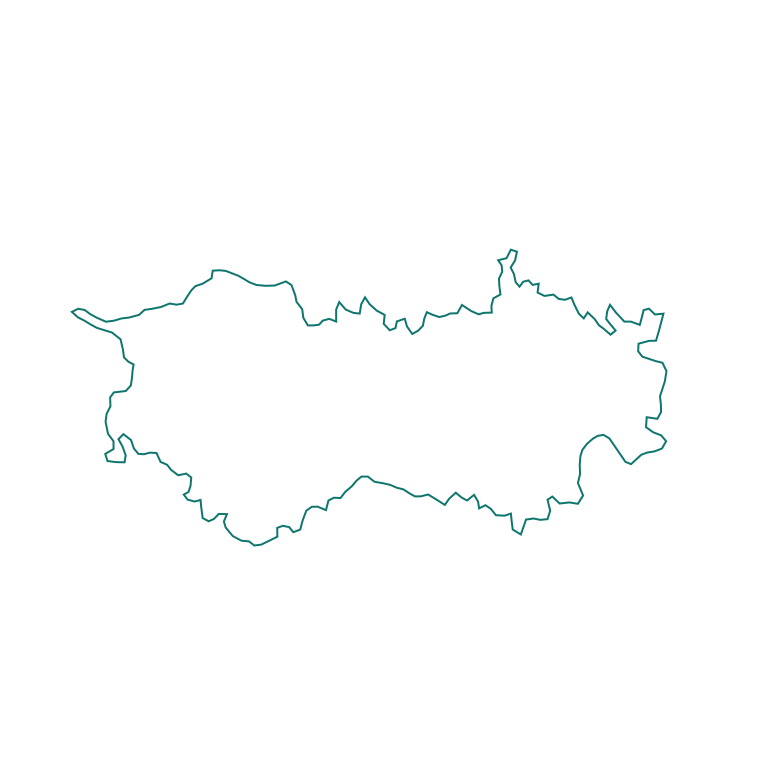 Douradoquara, Minas Gerais, Brazil (Natural Earth projection), rotated 156°
{"feature_id": "56859067B52593850963568", "entity_name": "Douradoquara", "entity_type": "district", "adm_level": 2, "iso_a3": "BRA", "parent_name": "Brazil", "parent_adm1": "Minas Gerais", "projection": "natural_earth1", "projection_center": [-47.608, -18.443], "detail": "fine", "context": "isolated", "style": "outline", "palette": "teal", "viewbox_px": 768, "rotation_deg": 156, "n_neighbors": 0, "source": "geoboundaries", "source_scale": "gbopen_adm2", "svg_char_len": 3526}
<svg xmlns="http://www.w3.org/2000/svg" viewBox="0 0 768 768"><g transform="rotate(156 384 384)"><path d="M272.2,203.4L262.8,200.4L255.6,195.7L247.5,201.1L247.1,214.7L241.5,222.0L238.1,230.5L233.9,238.2L229.6,243.1L222.9,246.8L215.3,249.1L209.7,249.7L204.1,248.2L200.2,242.5L195.1,214.7L190.9,210.3L177.8,214.7L171.4,214.3L164.2,212.4L156.3,212.0L149.5,217.0L151.7,224.4L157.8,230.5L162.2,238.0L157.5,246.8L148.4,241.0L142.2,245.8L139.4,252.7L136.8,260.6L126.4,272.1L120.7,280.9L121.0,290.2L126.6,294.5L136.9,303.9L138.5,310.5L135.1,317.3L124.3,315.6L117.9,312.9L111.1,320.9L100.1,334.6L108.2,337.3L111.3,345.0L116.8,345.9L121.9,339.3L126.3,334.0L133.1,340.6L139.1,343.3L141.1,349.3L143.1,355.0L145.3,364.4L150.5,359.7L154.6,353.0L153.0,346.7L150.7,338.6L157.0,336.9L160.8,345.0L163.8,350.4L165.1,357.6L168.8,366.6L174.8,362.7L177.4,369.0L177.8,379.1L177.6,386.8L184.4,387.3L189.8,390.7L192.8,396.7L201.6,399.2L206.5,405.1L201.9,412.7L207.9,414.1L209.9,419.9L215.3,420.8L220.6,417.8L222.3,423.5L220.6,431.6L220.9,438.9L214.1,443.5L208.7,450.8L213.5,455.1L220.9,449.1L229.4,450.6L228.3,444.5L230.3,438.5L236.1,433.5L238.8,426.5L241.2,418.4L249.2,417.8L254.2,411.5L256.5,405.4L263.9,408.4L269.2,409.2L274.7,415.2L280.6,424.5L288.2,418.8L294.8,421.5L300.4,421.5L306.3,422.7L311.4,427.4L315.7,432.2L320.8,427.1L324.8,421.4L331.2,418.8L337.8,418.2L339.6,427.1L338.5,435.2L346.8,435.9L350.8,430.4L356.9,430.8L359.8,439.1L355.3,446.8L360.9,454.2L364.7,462.8L366.1,470.9L372.3,466.2L377.6,458.2L383.1,461.5L388.7,467.6L391.6,477.0L397.4,471.5L402.3,460.5L407.5,465.8L414.2,466.8L419.2,464.6L424.6,466.2L429.7,468.5L430.8,477.3L428.3,485.6L430.5,494.7L429.0,501.2L428.3,512.0L431.9,517.6L443.8,518.4L452.5,522.0L460.2,526.3L465.6,531.7L469.3,537.0L473.0,542.1L478.0,547.1L482.6,551.7L488.0,554.8L494.4,557.2L498.5,550.7L509.0,549.4L516.5,550.1L521.6,548.1L528.4,543.8L535.0,539.3L541.1,540.8L547.1,544.7L556.7,545.1L565.5,547.1L572.6,549.1L579.6,546.8L589.5,548.3L597.4,550.7L605.1,551.7L612.7,554.0L619.5,561.5L623.8,567.1L627.4,573.4L632.7,577.1L639.8,576.8L636.5,569.4L632.0,563.8L628.2,558.3L623.5,552.1L617.5,546.8L611.6,541.7L606.5,532.0L608.5,521.6L610.7,514.0L608.5,508.4L604.8,503.7L608.2,498.6L611.6,492.3L615.9,485.6L622.8,482.6L628.8,484.5L634.2,486.2L639.6,483.2L643.0,474.9L649.5,469.6L653.7,462.8L656.4,450.8L654.4,441.8L657.5,434.6L667.1,433.5L667.9,426.1L660.9,421.8L652.9,418.0L649.0,423.9L648.3,433.1L649.0,441.6L642.5,444.2L637.9,435.7L638.7,426.8L636.8,420.1L632.0,417.5L625.8,416.5L619.9,413.5L619.8,403.7L615.0,398.4L613.4,392.0L609.1,384.3L601.1,382.6L598.1,377.0L602.2,369.6L606.5,364.9L611.9,364.4L610.5,358.3L604.9,353.7L598.8,352.7L601.1,345.7L604.2,335.3L600.0,329.9L594.3,329.9L587.8,332.5L580.4,329.0L586.2,323.5L587.0,317.3L584.0,306.6L577.9,298.8L571.4,295.2L568.1,289.2L561.6,287.2L553.1,287.5L543.5,287.9L540.1,296.0L534.1,295.6L528.9,291.9L527.1,285.5L519.7,285.1L513.7,292.6L506.4,299.9L499.8,301.2L494.5,298.9L488.3,292.4L482.1,300.2L476.0,300.5L470.2,297.5L463.3,301.2L455.2,303.6L448.3,306.9L442.4,308.6L436.4,306.0L432.5,298.6L425.5,293.9L419.2,289.2L414.7,284.2L409.1,279.8L405.0,273.4L401.4,268.7L396.0,266.4L388.6,265.1L382.7,256.5L377.6,248.8L371.1,252.7L362.6,255.5L359.3,248.7L355.5,243.8L346.8,246.1L345.9,238.4L347.7,231.7L340.6,232.0L337.2,226.5L335.1,218.6L327.5,214.7L320.8,214.0L323.0,207.3L325.6,198.7L320.2,190.9L314.5,196.9L309.4,202.4L302.1,200.3L296.6,196.4L289.6,194.0L283.7,200.7L281.7,211.7L276.0,212.7L272.2,203.4Z" fill="none" stroke="#0f766e" stroke-width="2"/></g></svg>